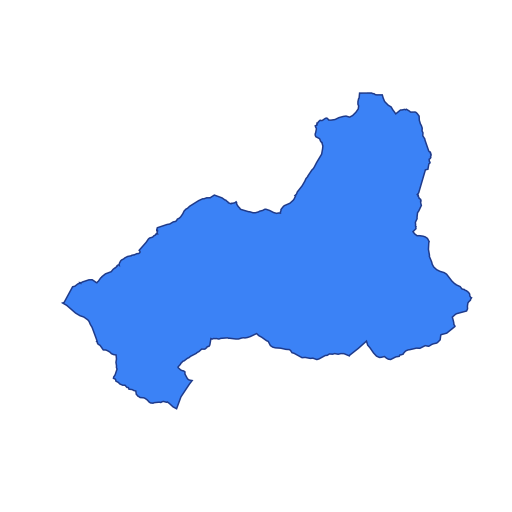 Jibert, Brasov, Romania, rotated 166°
{"feature_id": "2599482B80511177545168", "entity_name": "Jibert", "entity_type": "district", "adm_level": 2, "iso_a3": "ROU", "parent_name": "Romania", "parent_adm1": "Brasov", "projection": "albers", "projection_center": [25.05, 46.001], "detail": "fine", "context": "isolated", "style": "filled", "palette": "blue", "viewbox_px": 512, "rotation_deg": 166, "n_neighbors": 0, "source": "geoboundaries", "source_scale": "gbopen_adm2", "svg_char_len": 6015}
<svg xmlns="http://www.w3.org/2000/svg" viewBox="0 0 512 512"><g transform="rotate(166 256 256)"><path d="M294.0,324.4L298.3,323.6L308.4,320.3L311.0,318.8L312.5,318.5L314.8,317.1L316.8,314.7L319.6,312.2L321.2,311.3L323.4,310.8L324.3,309.8L325.6,309.0L328.1,309.1L332.0,307.9L334.6,308.1L344.9,307.3L346.0,305.4L346.1,304.9L345.4,304.7L345.4,304.1L346.0,303.7L346.0,303.3L346.4,302.3L346.2,301.3L347.2,301.6L347.4,301.3L348.0,301.4L348.5,300.7L350.2,300.3L351.8,299.3L354.9,299.2L356.3,298.5L359.2,295.9L368.0,289.8L367.5,288.6L367.5,287.9L368.3,287.1L369.5,286.8L371.0,287.1L374.2,286.5L374.5,286.7L376.6,286.7L376.9,286.4L380.7,286.6L384.0,285.8L385.0,285.2L387.3,284.7L388.5,284.0L390.2,282.1L390.8,281.0L390.9,280.2L391.2,280.7L392.5,280.5L393.4,280.0L393.4,279.5L394.5,279.1L395.2,278.5L395.7,278.6L397.9,277.6L400.3,275.8L406.4,275.1L410.6,273.2L410.8,272.8L412.0,272.3L415.1,269.6L416.1,269.2L416.9,268.5L417.8,269.2L418.4,270.1L420.7,272.6L423.9,273.3L430.5,272.8L432.4,272.3L432.6,271.9L433.1,272.6L433.4,272.4L433.7,272.7L433.8,272.2L435.7,272.0L439.0,270.5L441.4,270.5L453.4,257.4L455.0,257.2L451.6,253.9L444.9,244.3L441.3,240.7L437.9,238.5L434.7,234.8L433.8,232.9L433.3,229.7L432.3,226.4L431.0,214.4L430.8,211.7L431.3,211.5L430.7,210.6L430.9,209.7L430.5,208.6L428.9,207.0L426.9,201.8L424.6,201.2L423.2,200.2L421.0,198.1L419.9,196.2L418.0,194.8L415.7,193.8L416.3,189.8L417.6,186.7L417.9,183.2L418.4,181.7L418.2,179.9L421.1,175.3L421.9,174.3L423.3,173.1L423.9,171.8L422.3,170.5L422.1,170.1L422.2,168.5L420.1,166.6L419.2,164.9L418.6,164.4L416.6,162.9L414.4,162.3L413.0,159.7L411.8,159.3L411.6,158.9L411.6,157.7L411.4,157.5L408.4,156.3L407.2,155.1L405.3,154.1L405.6,150.6L404.9,149.6L404.6,148.7L403.7,147.9L402.7,146.7L399.3,145.6L398.2,144.8L396.3,142.6L395.0,140.1L393.8,138.9L391.5,138.1L390.1,138.3L385.3,137.6L383.8,136.9L382.4,137.3L381.0,137.3L378.1,135.7L377.3,135.8L375.9,134.1L373.0,129.7L370.0,127.0L362.9,137.5L351.5,147.9L348.1,150.6L350.6,151.7L351.7,152.7L352.3,153.9L353.5,158.6L353.0,160.8L354.0,162.0L355.3,162.6L356.7,163.7L358.6,166.6L358.5,167.2L355.5,169.2L355.0,170.1L354.2,170.3L352.6,171.5L351.0,171.7L347.2,173.4L345.9,173.5L343.8,174.5L337.5,176.0L336.5,176.6L334.4,177.1L331.3,178.8L328.2,178.0L326.0,179.0L325.2,179.8L323.5,179.7L322.3,180.9L319.7,186.8L318.7,186.0L316.9,186.2L315.7,185.7L314.6,185.6L312.1,184.4L310.1,184.6L303.5,183.5L302.3,182.7L301.8,182.7L295.5,180.3L293.0,179.7L289.7,179.9L287.8,179.7L286.6,179.2L284.2,179.0L281.1,179.2L274.2,180.6L272.6,178.1L270.1,175.8L266.2,171.2L264.8,170.2L263.7,165.6L261.8,163.5L259.4,162.2L254.4,160.6L249.6,158.2L246.2,157.1L245.3,155.9L244.5,153.5L242.6,152.4L235.9,146.2L232.8,145.7L228.1,143.5L225.5,143.1L222.0,140.8L219.8,140.9L212.9,142.7L210.9,142.4L208.5,143.2L205.4,142.2L203.3,142.3L200.0,140.8L197.4,140.8L194.3,140.0L189.6,136.5L189.1,137.1L179.1,141.6L169.4,146.7L169.2,142.5L167.7,139.6L165.4,133.5L163.3,129.7L160.8,127.7L159.1,127.4L155.7,127.4L154.1,125.3L152.6,123.9L150.4,123.0L144.7,124.3L141.3,124.0L140.2,125.2L138.8,125.0L136.9,125.2L136.5,125.8L134.4,127.3L133.2,127.8L130.9,128.1L129.4,127.9L122.6,127.8L119.3,126.8L113.5,128.1L110.5,126.7L109.9,126.7L106.7,127.7L104.9,127.9L102.1,127.8L100.9,128.1L97.6,130.1L96.0,134.2L95.5,134.9L89.6,135.0L80.0,139.5L80.0,140.2L80.6,141.9L80.3,142.8L80.2,145.4L80.3,149.2L76.9,151.0L75.4,151.5L65.0,151.7L63.5,153.6L63.0,156.2L61.8,159.1L60.8,160.0L58.6,161.3L58.1,162.3L57.0,163.3L57.6,163.8L58.2,165.4L57.9,167.4L58.6,169.3L60.2,171.4L61.4,172.2L62.2,173.3L63.0,173.5L64.2,174.3L65.3,176.9L68.9,179.8L69.1,180.4L69.9,181.0L72.0,184.3L75.5,192.3L77.5,194.4L81.2,196.6L84.0,199.0L86.2,202.3L87.0,205.3L87.0,207.7L87.9,213.7L87.5,214.8L87.1,220.7L85.1,227.2L84.5,228.0L85.4,231.6L87.2,233.6L89.1,234.8L92.5,236.2L94.8,236.7L96.7,239.1L97.8,241.6L94.2,243.8L94.0,245.3L93.6,245.8L94.0,246.5L93.5,248.0L93.3,249.8L93.0,250.4L90.7,253.2L90.4,254.6L88.8,258.9L87.2,260.3L83.3,265.1L83.4,266.4L83.2,268.9L83.0,269.3L82.5,269.5L82.8,270.2L82.5,271.0L82.9,271.6L83.8,272.4L83.7,273.5L84.3,274.7L83.8,275.5L83.9,276.0L84.5,276.2L84.7,276.6L82.9,277.9L70.8,298.6L68.2,298.6L66.1,303.3L65.6,303.8L64.6,304.3L64.5,305.0L64.9,306.0L64.6,308.0L63.5,308.4L62.6,309.2L62.7,309.8L62.5,310.4L62.2,310.6L61.6,311.8L61.9,312.1L61.6,313.0L61.6,313.4L61.9,313.6L61.7,314.3L61.9,314.9L62.5,315.1L63.0,316.2L64.0,327.5L63.9,328.8L65.0,332.0L65.0,332.7L64.2,335.1L64.6,337.2L63.8,339.9L64.0,342.6L64.5,344.4L64.7,348.2L63.9,352.3L65.1,355.2L66.0,356.6L66.8,357.2L71.2,358.2L72.1,359.5L74.6,362.0L75.5,361.7L76.3,362.3L79.1,362.4L80.5,362.7L86.0,360.1L88.0,365.0L88.8,367.9L91.2,370.3L93.5,374.2L93.9,375.1L94.4,378.8L94.5,381.8L99.8,383.1L101.2,383.7L102.3,385.0L103.2,385.2L104.5,386.2L116.1,389.0L117.7,384.4L118.4,383.8L119.7,381.2L120.4,378.6L120.1,376.8L121.2,374.0L124.3,371.3L128.3,368.9L131.6,368.1L134.8,370.0L137.6,370.3L142.1,370.2L146.3,369.3L150.5,369.7L152.5,370.3L153.1,371.6L153.9,372.7L155.3,372.8L158.9,371.5L160.2,371.7L160.9,372.2L162.7,371.3L164.3,369.9L164.6,370.2L164.8,369.9L164.7,369.4L165.1,368.5L165.4,368.7L165.8,368.1L167.0,368.0L167.0,366.9L166.6,365.4L166.7,364.6L168.2,361.4L169.1,360.0L169.3,358.8L169.1,357.3L166.0,354.5L165.7,353.2L165.7,352.3L164.9,350.2L164.5,350.1L164.6,347.9L164.5,346.6L165.5,343.8L167.7,338.9L174.5,332.1L178.1,328.0L179.3,326.9L181.0,325.9L186.4,321.0L186.5,320.6L188.7,319.1L190.6,316.7L194.3,312.9L200.4,308.2L201.7,306.3L203.6,305.2L203.1,304.7L205.2,302.1L206.4,301.1L210.3,299.0L216.3,298.0L217.4,297.5L220.5,295.1L220.8,293.9L221.6,293.0L221.9,291.7L223.7,292.3L225.8,292.4L228.5,294.0L231.8,296.9L235.1,299.0L236.3,299.2L238.4,298.6L241.7,298.6L242.8,298.2L246.2,298.1L248.5,298.7L251.3,300.4L252.7,300.9L259.8,305.1L260.1,306.2L261.3,308.3L262.2,311.0L261.9,312.6L262.2,313.4L263.6,312.8L266.1,312.8L266.6,313.1L267.6,312.7L270.0,314.4L270.2,315.3L271.2,316.4L271.8,317.5L272.7,318.0L274.9,320.6L281.7,325.2L286.4,323.6L289.9,324.4L292.6,324.1L294.0,324.4Z" fill="#3b82f6" stroke="#1e3a8a" stroke-width="1.5"/></g></svg>